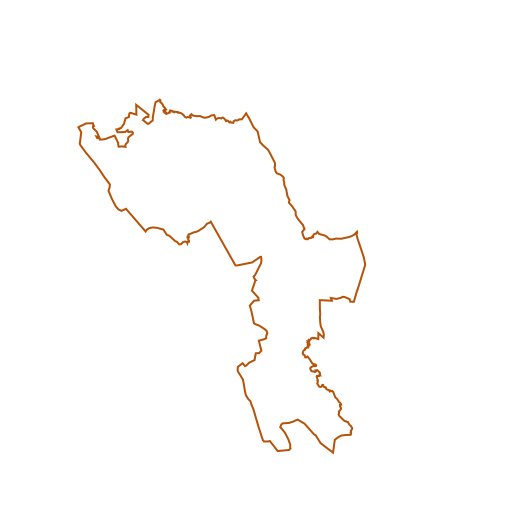 outline of Šķēdes pag., Saldus, Latvia, rotated 236°
{"feature_id": "27541924B42319814490373", "entity_name": "Šķēdes pag.", "entity_type": "district", "adm_level": 2, "iso_a3": "LVA", "parent_name": "Latvia", "parent_adm1": "Saldus", "projection": "natural_earth1", "projection_center": [22.385, 56.877], "detail": "fine", "context": "isolated", "style": "outline", "palette": "amber", "viewbox_px": 512, "rotation_deg": 236, "n_neighbors": 0, "source": "geoboundaries", "source_scale": "gbopen_adm2", "svg_char_len": 6113}
<svg xmlns="http://www.w3.org/2000/svg" viewBox="0 0 512 512"><g transform="rotate(236 256 256)"><path d="M338.1,178.2L338.5,178.9L338.9,180.6L338.8,183.1L337.4,186.4L334.6,189.8L329.7,194.0L323.4,193.9L321.2,195.5L313.6,197.3L311.8,198.5L308.7,198.7L308.3,199.2L307.7,200.7L308.3,203.3L307.6,205.4L306.1,206.5L305.1,206.3L306.0,207.2L305.7,207.8L306.0,208.3L305.6,208.6L306.4,209.1L307.1,208.9L307.8,209.2L308.2,209.7L309.7,209.5L309.9,209.7L309.6,209.8L310.0,210.3L309.8,210.6L310.2,210.6L310.1,211.0L310.4,211.0L311.3,211.8L311.1,212.0L311.5,212.6L311.2,213.0L310.5,217.3L309.4,220.1L309.0,222.6L308.9,229.1L310.2,233.4L309.5,236.3L309.8,237.7L259.8,233.7L258.9,234.7L252.8,249.2L252.9,259.0L252.5,259.7L250.0,258.6L247.3,256.3L240.7,244.6L240.4,242.6L238.9,242.2L236.9,242.0L235.9,242.3L236.0,241.7L229.6,233.3L219.8,234.6L218.5,233.7L217.8,233.5L220.0,229.4L218.3,223.1L212.9,221.4L201.4,216.7L200.3,217.1L196.3,219.8L190.7,222.2L188.2,222.9L185.8,222.3L184.0,219.8L182.1,218.4L182.5,216.1L184.2,211.0L174.5,207.5L173.7,204.4L175.5,201.4L170.5,196.6L171.4,190.7L170.6,186.6L170.9,185.3L174.6,185.0L174.2,178.9L171.0,176.5L161.2,176.1L157.3,174.6L150.0,171.2L146.2,169.8L141.4,169.6L139.0,170.2L134.8,169.0L130.9,168.3L113.4,162.7L99.4,158.7L97.7,159.0L95.4,162.4L94.9,164.0L82.2,164.9L76.7,174.9L77.1,176.9L78.0,177.2L80.3,178.8L85.8,180.3L93.9,181.2L100.6,180.4L102.2,182.9L102.3,184.6L99.2,189.9L97.8,194.7L97.6,196.6L97.0,199.1L89.8,202.5L75.5,204.4L74.2,205.2L64.6,204.9L49.9,209.9L59.6,218.6L59.8,223.2L59.4,226.4L57.3,230.6L54.8,234.4L55.6,235.5L56.6,235.6L56.9,236.5L58.0,236.7L58.9,239.0L59.4,239.5L62.1,239.6L63.8,239.1L67.0,239.3L67.7,238.5L68.8,238.1L69.7,237.1L77.0,235.6L78.7,236.0L79.4,237.1L80.8,237.8L81.0,239.4L81.6,240.4L81.7,241.1L83.0,241.6L84.4,241.5L85.5,242.3L85.0,243.0L85.6,243.7L87.5,243.6L88.2,243.2L92.5,243.3L94.3,242.7L100.4,244.0L101.7,243.6L101.7,242.9L102.0,242.5L103.0,242.3L103.2,242.1L102.4,241.7L102.4,241.4L104.2,241.4L105.2,240.4L106.7,239.9L107.3,239.9L108.0,240.4L109.1,239.4L109.9,239.0L110.4,238.9L111.4,239.6L111.7,239.5L112.0,238.9L111.3,237.6L111.2,236.8L111.4,236.1L112.4,235.3L115.8,235.4L116.3,235.6L116.5,236.3L117.5,237.1L118.3,237.2L118.4,237.5L118.2,237.7L118.6,238.0L119.4,238.0L122.2,238.9L122.5,239.3L122.4,239.8L121.2,241.1L122.3,242.4L121.5,242.7L123.7,243.7L127.2,242.9L127.4,242.4L127.1,241.7L127.8,241.3L126.8,240.5L126.9,239.9L128.1,239.2L129.0,238.0L129.8,237.6L132.1,237.9L133.0,238.7L132.9,241.5L131.4,243.9L131.4,244.3L131.9,244.8L133.0,244.5L134.5,243.0L135.5,242.6L140.3,242.8L143.9,242.5L144.0,240.5L144.3,240.2L146.7,240.8L148.0,240.0L149.5,240.5L151.1,242.7L150.9,244.2L151.9,245.0L151.9,245.4L151.6,245.9L151.8,246.6L150.9,248.2L151.3,248.6L152.2,248.3L153.4,249.2L152.7,249.6L152.2,250.5L152.8,251.1L154.1,250.8L153.8,251.1L154.3,251.4L155.1,251.0L156.3,251.1L155.7,251.8L156.0,252.1L155.9,252.3L156.8,252.4L157.0,253.0L156.3,253.4L156.3,254.8L156.9,255.7L156.4,257.4L155.6,257.5L155.2,258.2L155.3,258.8L152.3,261.2L157.1,264.6L150.5,266.3L152.8,268.2L155.5,269.4L161.3,270.3L165.0,272.1L169.7,274.9L171.9,276.8L176.3,279.3L183.7,284.2L176.5,293.9L179.4,294.6L175.5,298.6L173.8,303.0L173.8,304.9L172.5,306.5L167.8,309.5L165.5,308.6L163.3,311.5L171.4,321.2L171.3,321.4L187.6,341.6L194.5,344.6L213.6,349.9L217.7,351.3L218.6,352.9L219.6,353.3L218.8,349.3L219.0,346.4L219.7,343.8L222.6,336.4L225.8,331.9L226.7,329.3L228.7,326.3L232.2,325.5L234.5,324.5L238.9,320.7L241.7,320.4L240.9,318.4L241.7,316.6L241.3,315.3L240.7,314.4L240.0,314.3L239.7,313.8L240.4,313.3L240.1,313.0L240.0,312.2L240.4,312.0L240.3,311.7L240.6,310.8L241.2,310.1L241.3,309.4L240.9,308.4L242.1,307.7L242.0,306.7L243.4,306.0L246.5,306.5L250.1,307.7L251.1,310.6L251.6,311.3L252.4,311.5L252.1,311.6L252.3,311.7L252.9,311.5L255.2,312.3L262.7,311.5L265.8,311.6L267.6,311.8L270.9,313.8L276.7,313.8L281.7,313.1L282.5,313.6L283.6,315.1L287.8,315.5L294.1,318.2L299.1,319.2L300.4,320.1L303.9,321.5L304.7,322.5L306.3,322.8L309.7,321.8L313.0,319.5L315.0,319.5L319.4,321.1L319.8,322.0L322.7,323.8L333.6,325.1L337.3,325.4L343.8,323.7L348.0,323.0L358.4,327.0L364.3,326.0L373.9,327.3L379.8,327.6L377.2,320.7L378.6,318.7L378.7,316.5L380.2,314.6L380.2,312.8L379.1,311.6L380.7,309.9L381.8,309.8L381.9,309.4L381.5,308.8L381.6,308.6L383.7,308.4L385.0,307.3L384.5,306.9L384.5,306.6L387.6,306.6L389.3,305.9L389.6,305.3L389.4,304.2L390.7,303.0L391.4,301.8L391.7,300.3L391.5,299.0L396.1,300.2L397.5,297.6L397.7,294.6L399.1,291.0L401.1,289.2L403.3,287.9L405.0,285.1L407.5,282.4L409.7,281.7L409.3,280.9L409.4,279.8L407.4,279.6L407.2,279.0L408.1,278.5L409.5,276.9L409.7,275.6L411.1,274.8L413.6,274.7L415.8,274.0L417.6,272.8L417.9,272.1L418.7,271.8L418.4,271.5L418.6,271.2L419.7,270.9L420.2,270.2L421.2,269.4L421.3,269.0L421.0,268.4L422.2,267.9L422.4,267.5L422.9,267.8L424.5,266.4L424.7,266.1L424.5,265.8L423.4,265.1L423.1,264.5L423.7,263.9L423.5,262.5L424.0,261.7L424.8,261.6L424.2,261.0L424.5,260.8L425.6,260.6L426.2,260.9L426.2,260.6L425.9,260.4L426.4,260.2L428.3,260.5L428.6,261.4L427.4,262.2L428.2,262.7L427.9,263.3L430.5,263.3L431.8,262.8L433.3,263.3L435.4,263.3L436.4,262.8L437.0,262.7L438.8,263.9L439.4,263.6L439.2,262.8L439.7,258.8L437.1,256.0L429.0,248.3L426.1,246.1L426.0,243.2L425.7,241.8L425.9,240.2L431.9,238.3L432.6,240.0L432.7,242.8L431.5,244.5L433.2,245.9L448.3,241.2L440.1,235.9L445.0,231.9L445.0,230.7L442.3,228.3L443.1,224.8L439.4,220.5L437.6,215.7L438.2,213.7L437.8,213.5L439.0,211.0L436.0,210.4L432.0,216.8L432.1,220.0L430.2,219.5L428.6,222.6L427.2,222.9L426.2,222.2L425.7,216.5L424.7,215.4L423.3,214.7L422.3,213.7L421.5,210.5L420.6,209.3L419.5,208.9L422.0,205.9L423.4,203.3L425.4,204.0L426.7,204.9L434.0,206.0L434.9,206.0L436.7,199.0L437.0,197.2L438.1,194.5L439.7,191.8L440.9,192.1L442.5,190.3L444.3,190.5L442.1,192.4L448.1,193.5L452.9,192.5L453.9,192.8L454.8,193.6L454.4,194.2L457.3,195.0L460.9,189.3L462.1,181.2L462.1,180.8L456.3,180.3L447.6,172.7L446.1,172.4L436.6,172.8L423.6,174.1L414.0,174.5L406.7,174.4L397.1,174.9L394.7,173.0L392.6,170.2L384.0,168.5L375.5,167.5L371.6,168.0L368.7,169.7L367.8,174.6L338.1,178.2Z" fill="none" stroke="#b45309" stroke-width="2"/></g></svg>